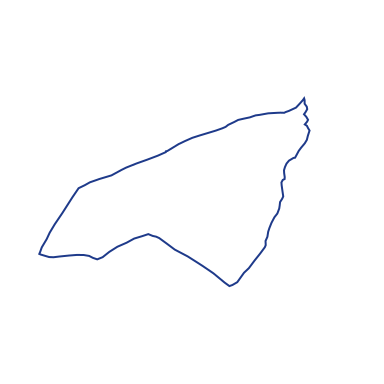 Bolloh, Grand Kru, Liberia (Robinson projection), rotated 218°
{"feature_id": "62588387B86571798658395", "entity_name": "Bolloh", "entity_type": "district", "adm_level": 2, "iso_a3": "LBR", "parent_name": "Liberia", "parent_adm1": "Grand Kru", "projection": "robinson", "projection_center": [-8.406, 4.96], "detail": "fine", "context": "isolated", "style": "outline", "palette": "blue", "viewbox_px": 384, "rotation_deg": 218, "n_neighbors": 0, "source": "geoboundaries", "source_scale": "gbopen_adm2", "svg_char_len": 1764}
<svg xmlns="http://www.w3.org/2000/svg" viewBox="0 0 384 384"><g transform="rotate(218 192 192)"><path d="M226.9,80.0L225.2,80.6L222.3,85.6L220.3,93.9L217.1,102.9L212.3,111.8L208.9,119.7L204.1,126.5L200.5,131.9L195.9,133.2L192.8,134.7L189.5,135.5L180.0,135.8L170.1,136.0L155.7,138.6L144.4,139.7L137.7,140.3L125.0,141.1L110.6,140.7L104.6,140.9L102.9,143.6L100.8,148.8L101.0,153.5L101.3,160.4L100.3,167.0L100.5,176.5L100.4,185.2L100.6,193.3L101.2,195.5L103.9,198.7L105.0,203.1L107.5,207.6L108.8,211.2L110.4,216.7L111.5,222.8L111.5,227.6L113.1,232.7L114.5,235.2L116.4,238.3L116.8,242.3L117.4,244.7L122.1,249.2L125.5,252.5L127.4,254.6L127.9,257.4L127.0,259.2L128.1,260.8L131.1,263.7L132.9,265.8L134.1,268.9L135.0,272.6L134.9,276.4L133.0,281.3L131.9,282.5L132.6,286.7L133.2,290.1L133.3,294.1L133.1,299.8L133.6,303.8L135.3,307.6L137.2,312.8L139.9,313.8L142.2,314.9L144.7,314.7L144.6,318.3L145.0,320.3L148.2,321.6L151.6,322.2L151.7,324.7L152.2,328.2L154.1,329.9L157.6,330.9L159.8,333.7L161.3,334.8L161.2,332.6L161.6,326.8L162.0,322.5L165.6,315.5L167.4,312.7L168.1,311.2L171.2,308.9L173.9,306.6L180.4,300.9L186.3,294.3L189.0,291.6L191.1,288.4L192.3,286.5L196.5,281.5L200.0,277.2L201.8,273.2L204.8,267.2L205.6,264.0L207.3,260.9L211.0,255.1L214.8,249.7L220.6,241.5L225.1,234.9L229.0,227.6L231.4,222.7L232.0,221.6L234.5,214.9L236.7,209.1L237.6,208.0L237.2,207.3L241.3,199.6L247.2,189.9L253.3,180.3L258.9,170.7L261.1,166.1L265.7,155.5L273.0,145.2L274.4,143.0L278.4,136.8L280.7,131.3L283.7,125.2L283.0,114.4L282.3,107.0L281.2,95.5L280.3,82.1L279.1,72.4L277.5,65.4L276.3,55.9L274.8,51.4L274.2,49.2L272.9,49.5L266.5,52.0L264.5,52.8L261.0,55.3L256.9,59.4L249.7,66.3L243.9,71.6L238.5,75.7L233.7,78.3L229.5,79.1L226.9,80.0Z" fill="none" stroke="#1e3a8a" stroke-width="2"/></g></svg>